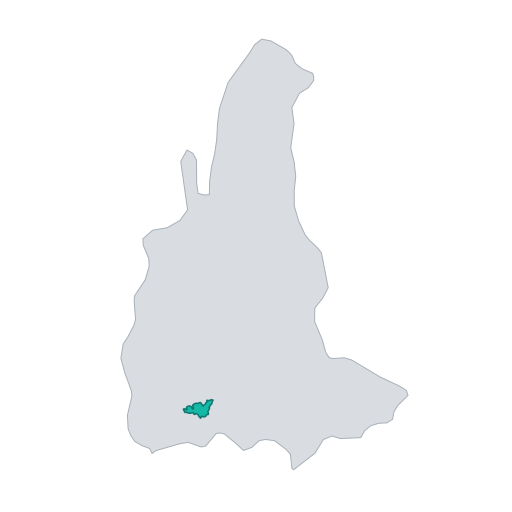 Los Almácigos, Santiago Rodríguez, Dominican Republic (highlighted), rotated 266°
{"feature_id": "3306468B75896846080251", "entity_name": "Los Almácigos", "entity_type": "district", "adm_level": 2, "iso_a3": "DOM", "parent_name": "Dominican Republic", "parent_adm1": "Santiago Rodríguez", "projection": "mercator", "projection_center": [-71.426, 19.324], "detail": "fine", "context": "in_parent", "style": "filled", "palette": "teal", "viewbox_px": 512, "rotation_deg": 266, "n_neighbors": 0, "source": "geoboundaries", "source_scale": "gbopen_adm2", "svg_char_len": 5216}
<svg xmlns="http://www.w3.org/2000/svg" viewBox="0 0 512 512"><g transform="rotate(266 256 256)"><path d="M67.5,347.9L68.0,327.5L71.1,319.2L68.2,310.4L55.2,301.1L47.2,289.1L40.1,278.5L41.7,277.0L55.9,276.5L60.9,272.6L70.4,261.7L72.3,252.9L71.6,246.3L65.3,238.4L62.9,230.0L70.6,222.7L80.6,212.1L82.0,208.0L81.7,203.9L70.0,192.7L69.3,187.9L74.7,175.7L74.2,167.6L68.8,142.4L66.2,138.6L71.4,136.5L74.8,129.0L79.4,122.3L85.4,118.7L92.3,116.4L106.0,116.6L124.9,122.4L130.3,122.3L148.4,117.0L163.5,114.1L177.7,117.4L183.4,122.0L195.1,129.2L201.0,131.4L219.5,131.3L224.6,132.0L240.1,143.9L253.2,148.7L260.8,148.9L274.4,144.3L281.1,144.4L288.9,154.7L290.4,169.3L296.8,182.6L306.8,191.0L355.6,187.5L366.5,194.5L362.8,200.2L355.9,203.3L332.7,201.9L322.5,202.6L320.5,208.4L320.4,213.7L334.0,215.0L347.3,217.7L360.9,221.9L374.7,224.9L390.3,226.8L405.6,229.8L431.1,240.3L459.4,264.0L466.9,269.4L471.9,276.8L469.5,285.9L459.4,300.9L453.7,305.7L445.4,308.6L439.7,314.8L434.2,325.2L430.8,326.1L426.9,325.7L420.1,319.7L415.3,310.7L401.6,302.1L385.4,303.2L361.6,298.2L347.1,300.6L332.7,301.2L317.9,298.6L303.1,297.7L288.2,300.9L273.9,306.4L268.6,309.9L259.3,318.4L254.4,321.5L219.4,325.8L209.3,319.6L200.0,311.0L186.5,309.9L167.0,316.5L154.8,318.9L149.8,321.7L148.4,324.9L148.3,336.9L145.6,344.1L126.6,371.4L115.8,390.7L111.4,396.6L106.3,397.9L96.9,386.9L91.0,382.8L83.6,380.8L80.4,374.9L80.6,366.6L78.6,358.5L74.1,352.1L67.5,347.9Z" fill="#d9dde1" stroke="#a8b0b8" stroke-width="1"/><path d="M98.2,189.2L98.4,189.7L98.5,189.9L98.6,190.0L99.1,190.1L99.4,190.3L99.6,190.5L99.8,190.7L99.9,190.9L100.0,191.0L99.9,191.3L99.8,191.5L99.4,191.9L99.2,192.1L99.2,192.3L99.1,192.5L99.1,192.8L99.1,193.0L99.1,193.3L99.2,193.5L99.4,194.0L99.5,194.4L99.6,194.7L99.8,194.7L99.9,194.8L100.3,195.0L100.5,195.1L100.7,195.4L101.0,195.9L101.1,196.1L101.2,196.3L101.2,196.5L101.2,197.0L101.3,197.3L101.5,197.5L101.8,197.5L102.3,197.5L102.9,197.5L103.1,197.4L103.3,197.4L103.6,197.2L103.8,197.2L104.0,197.1L104.3,197.2L104.5,197.3L105.0,197.7L105.4,197.9L105.5,198.0L105.9,198.3L106.1,198.4L106.2,198.5L106.4,198.6L106.7,198.8L106.9,198.8L107.0,198.9L107.5,198.9L107.8,198.8L108.1,198.7L108.4,198.6L108.5,198.7L108.6,198.8L108.9,199.4L109.0,199.5L109.7,199.6L109.9,199.7L110.0,199.7L110.2,199.9L110.4,200.1L110.5,200.2L110.6,200.4L110.8,200.7L110.9,200.9L111.0,201.0L111.3,201.3L111.5,201.4L111.8,201.5L112.1,201.7L112.4,201.8L112.7,202.0L112.8,202.0L113.1,202.1L113.7,202.1L113.9,202.1L114.1,202.2L114.3,202.3L114.5,202.5L114.6,202.8L114.8,202.9L114.9,203.0L115.1,203.1L115.4,202.7L115.5,202.4L115.7,201.9L115.8,201.6L115.8,201.4L115.6,201.0L115.5,200.5L115.5,200.3L115.3,200.0L115.3,199.8L115.2,199.4L115.0,199.0L115.0,198.9L115.0,198.7L115.2,198.4L115.3,197.7L115.4,197.4L115.5,197.2L115.4,197.1L115.3,196.9L115.2,196.9L114.8,196.8L114.0,196.8L113.8,196.8L113.7,196.8L113.6,196.7L113.3,196.2L113.1,195.8L113.0,195.7L112.9,195.6L112.7,195.5L112.3,195.4L112.1,195.3L111.9,195.1L111.6,194.7L111.4,194.3L111.3,194.0L111.2,193.9L111.1,193.7L110.9,193.5L110.7,193.4L110.4,193.2L110.2,193.1L110.1,192.9L110.0,192.7L110.3,192.2L110.8,192.2L111.1,192.1L111.6,191.7L111.8,191.6L112.1,191.5L112.5,191.3L112.8,191.1L113.3,190.8L113.5,190.7L113.7,190.3L113.7,190.2L113.8,190.0L113.8,189.9L113.7,189.7L113.6,189.4L113.5,189.2L113.4,188.8L113.4,188.7L113.2,188.3L113.2,188.1L113.1,187.8L113.1,187.5L113.1,187.1L113.1,186.7L113.2,186.4L113.3,186.0L113.3,185.9L113.2,185.4L113.1,184.9L113.1,184.6L113.0,184.4L112.6,183.8L112.5,183.7L112.3,183.4L112.0,182.9L111.9,182.7L111.6,182.5L111.4,182.5L111.3,182.4L111.1,182.4L111.0,182.5L110.6,182.6L110.4,182.7L110.2,182.7L109.7,182.5L109.4,182.6L109.1,182.8L108.8,183.0L108.6,183.1L108.3,183.1L108.2,183.1L107.9,182.9L107.8,182.7L107.8,182.3L107.9,182.2L108.0,182.0L108.0,181.9L108.3,181.7L108.7,181.6L108.8,181.5L109.1,181.2L109.3,181.0L109.6,181.0L110.1,180.9L110.4,180.8L110.5,180.7L110.8,179.9L111.0,179.5L111.0,179.3L111.0,179.0L111.0,178.6L111.0,178.2L111.0,177.8L110.9,177.7L110.8,177.4L110.6,177.0L110.3,176.5L110.2,176.4L109.7,176.1L109.4,176.0L109.1,176.0L108.8,176.1L108.6,176.3L108.3,176.4L108.1,176.5L107.9,176.6L107.6,176.4L107.5,176.2L107.5,175.7L107.8,175.3L107.9,175.0L108.0,174.9L108.4,174.4L108.5,174.3L108.5,174.2L108.6,173.8L108.6,173.6L108.5,173.4L108.3,173.0L108.2,173.0L108.2,172.9L107.9,172.9L107.5,173.1L107.2,173.2L106.9,173.4L106.7,173.5L106.3,173.5L106.2,173.6L105.7,173.8L105.4,173.9L104.9,174.2L105.0,174.5L105.1,174.8L105.1,175.0L105.1,175.3L105.1,175.5L105.0,175.8L104.9,175.9L104.6,176.0L104.4,176.3L104.4,176.5L104.5,176.9L104.5,177.0L104.4,177.3L104.2,177.6L104.1,177.8L104.0,178.1L103.8,178.4L103.7,178.5L103.7,178.9L103.7,179.2L103.7,179.5L103.7,179.8L103.9,180.2L104.0,180.4L104.0,180.6L104.0,180.9L104.0,181.9L104.0,182.2L104.0,182.4L104.0,182.5L103.9,182.6L103.6,182.7L103.2,182.7L102.9,182.8L102.6,183.0L102.4,183.2L102.3,183.4L102.3,183.6L102.3,183.9L102.3,184.1L102.4,184.3L102.7,184.5L102.8,184.7L102.9,184.8L102.9,185.0L102.7,185.5L102.6,186.0L102.4,186.4L102.2,186.6L102.0,186.9L101.7,187.1L101.2,187.3L100.9,187.5L100.5,187.6L100.2,187.8L99.8,187.9L99.6,188.0L99.4,188.6L99.2,188.8L99.0,189.0L98.6,189.1L98.2,189.2Z" fill="#14b8a6" stroke="#0f766e" stroke-width="1.5"/></g></svg>